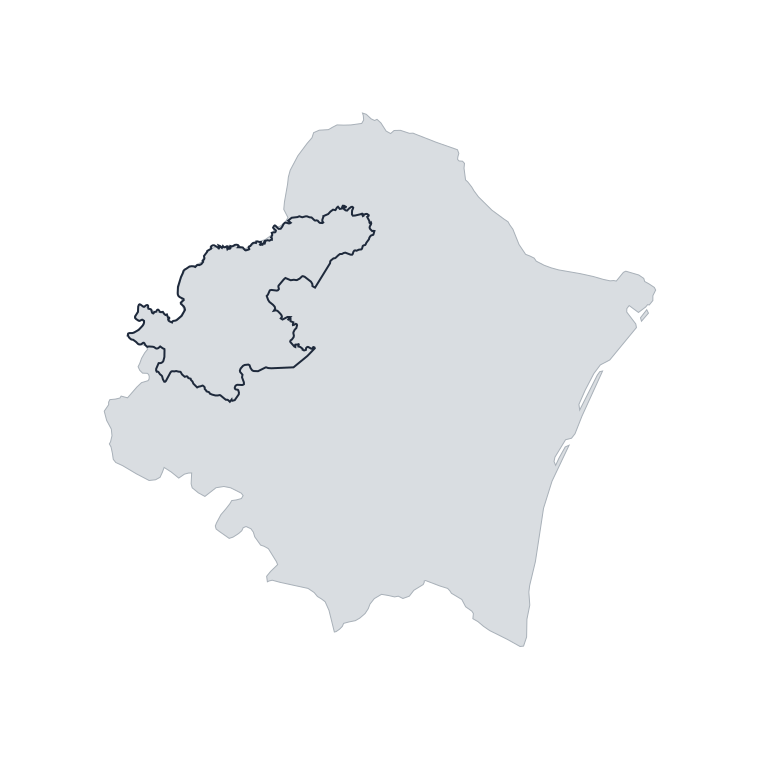 Savanes on a map of Ivory Coast (Albers equal-area conic projection), rotated 300°
{"feature_id": "CIV-3431", "entity_name": "Savanes", "entity_type": "Department", "adm_level": 1, "iso_a3": "CIV", "parent_name": "Ivory Coast", "parent_adm1": "", "projection": "albers", "projection_center": [-5.464, 9.628], "detail": "fine", "context": "in_parent", "style": "outline", "palette": "slate", "viewbox_px": 768, "rotation_deg": 300, "n_neighbors": 0, "source": "natural_earth", "source_scale": "10m", "svg_char_len": 9757}
<svg xmlns="http://www.w3.org/2000/svg" viewBox="0 0 768 768"><g transform="rotate(300 384 384)"><path d="M194.8,176.1L197.2,176.1L203.2,174.3L208.6,170.4L213.8,162.0L220.6,155.3L228.4,155.9L230.6,154.6L233.4,154.4L236.6,158.9L239.8,162.3L242.1,162.4L243.8,168.8L257.8,171.5L263.9,173.3L268.9,178.0L270.7,178.1L272.9,177.1L274.5,175.5L274.9,173.7L272.7,169.5L273.7,165.7L276.0,162.4L279.6,162.2L285.1,161.2L291.3,161.2L296.0,161.9L297.9,158.5L296.1,149.0L296.6,143.8L297.4,139.4L299.1,137.6L306.1,143.1L312.4,145.2L317.0,145.3L318.3,144.3L316.4,138.2L316.9,136.4L318.6,135.4L321.6,134.8L329.7,132.3L330.6,132.8L332.1,142.3L331.3,145.5L333.0,151.9L335.1,158.0L335.0,160.4L333.2,164.1L331.2,167.5L331.4,168.9L334.6,171.3L340.8,173.7L347.3,174.2L350.8,170.7L354.6,167.9L357.2,165.4L358.1,161.6L362.1,158.9L373.8,155.4L384.5,154.9L387.1,156.0L391.9,161.2L398.1,164.8L407.4,164.4L414.2,166.5L420.1,170.6L424.0,179.5L428.4,186.0L430.3,195.2L437.1,200.0L442.4,202.2L449.6,208.9L457.1,212.3L464.9,211.5L468.5,215.0L474.3,217.5L480.1,217.6L485.1,209.9L491.8,206.8L508.8,200.6L515.4,197.7L522.2,195.9L538.6,195.3L553.8,197.1L561.3,198.5L566.5,197.4L571.4,201.0L576.5,208.7L580.7,211.1L584.9,213.8L588.1,219.8L591.8,225.8L593.9,228.5L598.5,234.4L602.4,234.4L606.2,231.8L607.9,229.9L608.7,233.8L607.2,240.2L607.5,244.1L609.7,245.6L608.6,250.7L604.1,259.4L604.2,264.5L608.6,266.0L611.9,271.4L613.8,280.7L615.8,283.8L616.0,285.7L619.4,308.1L623.6,330.5L621.1,333.5L617.6,334.4L615.3,335.4L614.7,337.5L616.2,340.6L615.3,343.4L610.9,345.4L601.5,352.6L600.9,355.5L598.4,361.6L596.3,365.3L593.3,372.2L588.5,390.5L586.8,405.6L586.5,410.3L584.6,413.5L582.5,418.2L572.3,431.2L567.1,441.8L567.8,446.4L568.1,451.1L566.5,454.4L566.9,463.3L568.2,470.8L570.1,478.1L577.7,498.8L581.7,511.4L584.2,521.5L586.4,528.3L588.4,531.1L589.3,533.7L600.4,535.5L602.6,537.0L605.8,550.2L605.3,556.2L603.1,558.5L603.2,563.5L602.8,569.8L601.2,572.3L594.9,572.7L590.7,575.1L585.1,574.2L584.5,572.6L581.5,572.1L573.2,568.6L574.5,557.1L570.7,556.6L567.7,558.2L561.9,572.0L559.1,574.4L517.7,567.5L508.7,561.8L498.0,560.5L479.2,561.3L463.8,563.0L459.3,566.5L498.4,564.3L502.6,564.7L504.5,566.8L455.2,571.5L436.4,574.3L430.8,573.5L426.5,569.1L406.1,568.6L401.9,570.0L399.4,573.3L407.4,572.6L420.1,572.4L423.5,574.9L383.8,578.1L356.1,584.3L344.4,588.9L305.9,603.9L282.3,610.9L276.2,613.5L265.4,620.8L251.7,625.4L236.2,634.0L226.8,635.9L224.7,633.1L224.5,618.4L223.3,598.8L223.9,591.3L225.2,584.2L225.2,578.3L229.9,576.2L231.2,573.7L231.9,566.1L236.3,559.1L236.5,547.0L237.8,544.5L238.8,541.3L237.0,533.3L234.6,518.3L233.5,517.3L232.4,518.0L229.9,518.2L220.3,513.0L212.9,512.0L207.7,507.6L207.4,502.5L204.9,499.6L203.1,493.7L200.6,487.0L193.3,482.9L186.4,481.9L181.5,482.7L175.8,482.4L169.2,480.1L164.7,477.5L160.4,472.6L156.5,468.7L153.3,469.1L149.4,468.1L145.6,466.3L144.4,465.0L160.5,449.5L166.0,441.9L166.6,437.3L166.7,432.6L168.5,427.8L169.0,420.4L160.4,393.6L158.2,385.3L155.9,382.9L154.4,381.9L158.8,378.5L165.0,379.5L174.4,382.2L176.4,379.6L183.6,366.2L183.5,361.2L182.8,357.7L187.0,348.5L190.4,344.9L192.1,341.1L191.6,335.8L189.1,333.9L185.8,334.2L181.9,332.9L175.9,329.8L172.9,327.1L174.0,314.9L174.5,311.1L176.7,308.9L180.0,308.4L189.3,308.1L196.8,309.5L203.4,310.4L206.9,310.4L209.7,314.0L213.5,317.8L216.9,317.8L218.1,315.0L217.4,303.0L215.2,296.6L210.2,290.4L197.1,285.1L196.9,277.7L198.2,269.8L201.1,266.9L210.8,261.9L209.1,259.2L206.1,256.2L199.9,253.3L201.4,243.8L201.8,235.3L196.6,236.2L191.2,236.7L186.8,234.0L183.0,228.8L182.4,214.6L182.6,198.3L181.9,191.0L183.4,187.2L188.0,183.6L193.0,179.1L194.8,176.1ZM579.7,574.4L577.6,577.6L567.1,575.6L569.6,573.0L579.7,574.4Z" fill="#d9dde1" stroke="#a8b0b8" stroke-width="1"/><path d="M385.1,155.2L388.5,156.8L389.9,158.6L390.8,160.6L390.9,162.0L393.8,162.8L394.6,164.6L396.5,165.9L399.4,166.3L400.3,165.3L401.1,165.7L402.4,165.8L403.3,165.5L404.8,164.1L409.7,164.7L410.9,164.4L414.7,166.6L415.4,166.6L416.0,165.5L417.3,165.6L418.6,166.5L419.2,167.6L419.2,172.0L418.7,172.9L418.8,173.2L420.3,173.1L421.3,171.7L421.5,173.3L420.9,174.7L420.8,175.6L422.9,175.5L422.4,176.9L422.8,177.8L424.8,179.1L425.0,179.7L423.1,180.3L422.4,181.0L424.5,181.5L423.5,182.0L424.1,182.9L425.0,183.1L426.7,182.0L427.1,183.4L427.9,184.2L429.9,185.3L430.8,186.5L431.3,187.9L431.0,189.0L429.4,189.1L430.6,191.0L431.6,193.4L430.5,196.6L430.6,197.5L432.9,199.7L433.5,199.9L434.4,198.7L435.0,198.3L435.9,198.5L436.5,199.2L439.0,199.5L440.5,200.0L441.6,201.0L442.1,202.6L443.6,202.1L444.3,203.3L444.7,205.1L445.4,206.4L444.2,206.9L442.7,206.9L442.7,207.5L443.4,208.2L443.8,209.1L444.8,208.8L445.9,210.5L447.1,210.2L446.5,209.5L446.8,209.2L448.3,209.2L450.3,211.3L450.9,213.2L452.4,214.0L452.8,214.8L454.1,214.1L454.9,213.1L454.8,212.9L456.9,212.8L457.8,212.3L458.8,211.2L459.7,212.0L460.8,213.7L461.7,214.0L462.9,213.6L463.2,211.8L463.9,209.8L465.6,209.7L466.6,210.0L466.8,210.4L466.6,211.8L465.9,213.8L465.7,215.3L466.8,216.9L469.4,217.2L472.2,217.0L474.1,217.5L474.8,218.6L475.4,221.2L476.0,222.1L477.0,222.6L477.5,219.3L481.8,220.9L485.3,225.6L486.9,226.8L487.5,229.8L490.1,232.4L490.7,233.5L491.1,236.1L492.0,238.0L491.0,242.1L491.2,242.8L492.0,243.7L492.3,245.0L491.6,246.7L491.5,248.0L492.6,250.2L493.5,250.6L494.2,249.1L495.7,248.4L498.6,247.9L499.0,247.5L503.3,250.7L506.5,251.4L509.5,252.7L510.3,255.0L513.2,255.0L514.5,255.5L513.5,258.2L514.6,259.4L514.0,259.9L516.9,259.2L517.8,259.2L518.4,260.4L518.4,262.4L517.8,262.5L516.2,260.4L515.4,262.2L515.2,264.0L515.7,265.3L518.5,266.0L521.0,267.1L521.6,268.0L521.4,269.1L520.6,269.4L518.4,269.6L516.5,270.5L514.8,271.5L514.2,272.9L515.5,274.8L519.1,278.6L520.6,279.9L520.6,280.5L519.6,280.7L519.0,281.6L519.4,281.7L519.5,282.1L520.5,282.0L521.5,282.6L522.4,283.5L522.8,284.5L522.6,286.3L522.1,286.6L520.3,285.9L517.9,289.7L516.4,290.8L516.2,291.5L517.4,291.9L516.8,292.6L515.7,292.9L513.4,292.9L512.1,293.4L511.3,294.5L510.5,297.3L511.2,298.0L511.7,299.2L508.1,300.1L507.7,300.0L506.3,298.6L504.8,298.2L503.2,298.2L501.8,298.6L497.6,298.1L495.5,298.3L495.0,298.2L493.8,297.0L492.9,296.6L490.3,297.3L489.3,297.1L487.7,295.0L485.7,293.6L485.3,292.2L484.7,291.6L483.3,291.4L480.9,291.9L480.0,291.7L479.3,290.4L478.4,284.8L477.3,283.6L475.6,282.6L474.6,280.9L472.8,280.1L469.1,279.0L468.4,278.6L467.5,277.4L464.6,276.3L463.4,276.1L461.6,276.9L433.0,276.1L433.0,273.1L434.8,271.9L436.1,269.6L437.2,261.6L436.8,259.7L436.2,259.2L432.9,258.2L432.0,257.5L430.9,257.0L430.1,256.1L429.2,253.8L427.2,251.3L426.5,245.6L424.4,244.9L416.4,243.5L415.4,243.9L413.7,245.5L412.2,245.3L411.3,244.5L409.2,239.5L408.2,238.4L407.8,238.3L403.3,238.8L401.6,238.4L398.9,241.6L397.8,243.7L397.1,248.3L396.3,250.7L394.8,252.1L392.4,252.0L393.5,253.2L394.0,254.4L394.0,255.7L393.0,259.2L392.2,261.0L391.0,262.1L389.2,261.8L389.1,263.9L393.8,266.9L395.1,269.3L393.6,268.9L392.0,268.8L392.0,269.3L393.6,270.5L391.6,271.7L392.1,274.7L390.0,275.3L389.5,275.7L390.4,276.6L392.0,277.5L392.1,278.5L391.5,279.3L388.6,280.1L386.3,279.5L383.6,279.7L382.8,280.0L380.8,281.8L379.3,282.3L376.5,282.0L375.0,281.3L373.9,281.5L373.5,282.0L371.6,287.6L371.7,288.7L372.3,288.4L372.9,287.5L373.7,287.5L374.2,288.1L374.7,289.3L375.7,289.9L375.7,290.4L373.7,291.1L374.2,293.0L373.8,295.8L373.0,296.3L373.1,298.0L374.4,299.3L376.2,298.6L377.4,298.9L378.0,299.4L378.2,299.9L378.2,303.4L379.2,304.3L380.4,304.2L380.7,304.4L380.9,305.5L380.3,306.2L369.9,303.6L353.2,297.3L341.3,278.6L339.9,275.7L339.5,273.6L339.2,273.2L332.1,268.5L330.1,264.7L329.9,263.4L330.1,262.5L331.2,260.3L333.0,258.2L333.0,256.8L330.8,253.8L329.2,252.8L325.7,252.1L323.5,252.5L322.5,253.4L321.3,256.8L318.8,257.7L315.4,261.8L313.8,262.8L313.1,262.5L312.2,261.7L310.0,257.4L309.2,256.7L308.1,256.3L306.4,256.5L305.4,257.2L305.2,258.4L305.9,260.3L305.8,260.8L304.0,262.7L302.4,263.4L295.4,262.8L293.6,261.0L293.7,260.3L294.3,259.8L291.5,259.4L292.1,257.2L292.0,256.1L291.3,255.0L291.4,253.9L292.4,248.1L292.3,247.3L291.0,245.8L289.8,243.8L288.9,240.5L288.6,238.0L289.3,237.0L289.4,236.3L288.9,234.0L289.5,233.1L290.0,231.3L291.4,230.4L291.7,229.8L292.0,228.1L291.9,227.6L290.2,226.2L289.0,224.8L287.6,223.9L289.0,218.7L290.4,216.9L291.0,214.8L291.9,213.9L291.3,211.6L292.0,210.4L292.1,209.4L290.6,207.8L291.3,204.3L292.7,201.9L292.7,201.4L292.0,200.0L291.3,197.5L290.2,196.3L289.2,194.3L288.6,193.6L287.3,193.3L277.4,193.6L276.5,193.3L276.1,192.6L277.5,190.2L279.8,187.9L280.2,186.8L280.4,185.2L281.6,182.7L281.6,181.7L281.0,181.0L281.9,179.8L283.3,179.1L289.4,178.4L290.2,179.8L291.1,180.7L292.5,181.3L293.6,181.4L297.6,180.3L303.9,176.8L304.5,176.3L304.3,174.6L304.6,171.4L302.2,170.6L301.1,169.6L300.8,168.6L301.0,166.4L300.7,165.2L298.9,161.5L297.9,160.6L298.3,158.0L299.5,156.1L299.6,155.3L299.1,154.7L296.8,153.8L295.8,152.2L295.7,150.9L296.5,148.3L296.9,144.7L296.2,142.9L296.4,141.4L296.8,139.9L298.0,138.0L297.9,137.8L299.7,137.2L300.7,137.9L302.3,140.6L303.4,141.7L308.2,144.5L313.7,145.8L315.3,145.9L317.2,145.5L318.7,144.6L318.9,142.7L318.4,142.0L316.5,140.9L316.1,139.8L316.3,136.7L316.8,135.3L318.1,134.6L323.4,134.9L328.2,132.4L330.1,132.1L330.9,132.6L331.0,133.7L330.6,136.9L330.8,137.6L333.1,138.6L333.8,139.2L334.1,139.8L333.7,140.7L332.1,141.6L331.4,142.3L332.1,144.4L332.0,145.3L330.1,147.1L329.7,147.7L329.7,148.9L330.1,149.1L331.4,149.0L332.7,150.5L334.7,150.5L335.2,150.8L335.5,151.5L334.4,154.1L334.7,154.9L335.9,156.4L334.7,158.8L334.5,160.3L335.7,161.2L333.8,163.4L334.1,164.6L333.9,165.0L333.3,165.3L332.2,164.6L331.2,165.7L331.0,166.8L331.3,169.7L332.5,169.5L333.3,170.0L334.8,171.9L335.9,172.6L341.8,174.7L348.7,174.6L350.2,173.2L351.1,171.7L351.9,168.0L352.9,167.3L356.5,168.6L357.4,167.9L357.1,163.6L357.4,162.1L358.3,160.8L359.5,159.9L365.1,157.0L375.1,154.7L379.4,154.3L381.6,153.8L383.3,154.1L385.1,155.2Z" fill="none" stroke="#1e293b" stroke-width="2"/></g></svg>